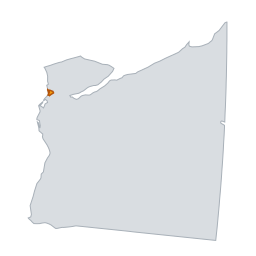 Rummana, Shamal Sina', Egypt (highlighted), rotated 272°
{"feature_id": "37247803B2824633862511", "entity_name": "Rummana", "entity_type": "district", "adm_level": 2, "iso_a3": "EGY", "parent_name": "Egypt", "parent_adm1": "Shamal Sina'", "projection": "albers", "projection_center": [32.731, 30.963], "detail": "fine", "context": "in_parent", "style": "filled", "palette": "amber", "viewbox_px": 256, "rotation_deg": 272, "n_neighbors": 0, "source": "geoboundaries", "source_scale": "gbopen_adm2", "svg_char_len": 3866}
<svg xmlns="http://www.w3.org/2000/svg" viewBox="0 0 256 256"><g transform="rotate(272 128 128)"><path d="M237.3,223.2L231.3,223.4L225.3,223.6L219.2,223.8L213.2,223.9L207.2,224.1L201.1,224.2L195.1,224.3L189.1,224.4L183.0,224.5L177.0,224.5L170.9,224.6L164.9,224.6L158.9,224.6L152.8,224.6L146.8,224.5L140.8,224.5L137.3,224.5L137.9,222.7L138.3,221.5L137.9,220.7L136.7,220.4L136.0,220.7L134.1,224.3L133.2,224.4L131.0,224.4L124.0,224.3L117.0,224.1L109.9,224.0L102.9,223.8L95.9,223.6L88.9,223.3L81.8,223.1L74.8,222.8L67.8,222.5L60.8,222.1L53.7,221.8L46.7,221.4L39.7,221.0L32.7,220.6L25.7,220.1L18.7,219.6L19.0,215.3L19.3,210.9L19.6,206.6L19.9,202.2L20.2,197.9L20.5,193.5L20.8,189.1L21.1,184.8L21.4,180.4L21.7,176.1L22.0,171.7L22.3,167.3L22.6,162.9L22.9,158.6L23.2,154.2L23.5,149.8L23.8,145.4L24.1,141.1L24.4,136.7L24.8,132.3L25.1,127.9L25.4,123.5L25.7,119.1L26.0,114.8L26.3,110.4L26.6,106.0L26.9,101.6L27.2,97.2L27.5,92.8L27.8,88.4L28.1,84.0L28.4,79.6L28.3,78.8L27.6,75.7L27.0,71.9L26.4,67.2L26.4,65.6L25.2,60.7L25.1,59.3L25.6,58.4L28.4,54.5L29.3,52.6L30.1,50.3L30.5,48.4L30.0,45.4L29.3,42.7L29.2,40.0L29.2,37.3L30.6,35.6L32.3,34.0L33.0,33.0L34.0,31.9L34.6,31.4L35.7,33.9L38.3,34.5L47.0,32.9L56.3,35.6L61.4,36.7L69.3,38.9L74.1,42.4L75.4,42.8L78.9,42.9L81.2,45.0L90.3,46.2L95.1,48.5L97.9,50.3L99.5,50.9L101.0,50.9L103.0,50.3L105.6,49.2L108.4,47.6L114.2,43.5L116.2,42.8L117.5,43.0L119.1,43.0L119.8,41.9L120.6,41.1L121.2,40.2L122.1,39.2L125.0,38.9L130.9,37.2L130.3,38.1L124.9,40.0L127.2,40.3L129.5,39.7L132.2,39.3L132.7,38.4L133.1,36.8L133.6,36.5L135.5,36.9L141.0,39.5L142.3,39.5L146.3,38.2L147.1,37.9L148.3,38.7L151.2,41.9L150.2,41.8L147.1,39.1L146.8,40.4L145.1,42.8L147.3,43.8L149.0,44.2L150.0,45.5L150.6,46.7L152.4,46.2L153.6,44.6L153.0,43.7L152.5,42.8L153.1,42.8L154.3,43.5L157.8,46.6L159.0,47.2L160.4,47.1L163.2,46.3L164.0,46.4L167.9,45.3L168.3,46.1L169.0,46.9L172.0,46.0L176.9,45.9L180.8,44.9L185.4,42.5L185.8,42.1L186.0,42.7L186.6,44.3L188.0,48.5L189.3,51.7L190.9,56.3L191.4,58.0L191.6,59.2L193.9,64.2L195.2,68.2L196.2,71.6L197.7,76.4L198.3,78.1L197.4,79.0L195.5,82.2L193.6,92.3L190.8,100.2L190.6,105.1L190.1,106.9L188.7,109.4L187.1,111.9L184.0,110.6L179.0,106.4L176.1,102.4L173.0,99.7L170.1,96.3L169.3,93.8L169.3,92.2L168.0,88.2L167.1,86.4L163.6,82.2L162.5,80.0L161.8,79.0L161.0,77.6L159.7,72.1L158.4,68.7L156.8,69.7L157.1,71.1L155.7,73.1L154.8,75.4L155.5,77.3L158.3,80.2L158.9,81.5L159.6,84.2L159.5,88.0L159.9,89.2L162.1,92.0L162.9,93.6L163.3,95.1L164.1,96.3L166.2,98.7L169.3,103.3L172.3,106.4L174.4,107.9L175.3,109.4L175.6,113.2L175.4,115.1L177.3,118.5L178.0,120.3L179.9,121.7L180.7,123.3L181.5,125.9L182.8,133.8L184.4,135.7L189.5,145.9L193.7,152.3L195.8,157.2L199.0,163.0L205.4,175.9L209.2,179.8L210.7,182.0L213.4,183.7L216.3,186.1L213.6,185.9L212.9,186.1L211.9,186.5L211.5,188.0L211.3,189.3L211.8,195.8L212.7,199.2L215.3,205.4L217.1,207.3L218.0,208.5L219.3,209.3L225.1,211.3L228.7,215.7L236.5,221.2L237.3,222.8L237.3,223.2Z" fill="#d9dde1" stroke="#a8b0b8" stroke-width="1"/><path d="M163.2,46.9L163.2,47.0L162.9,47.1L162.7,47.2L162.5,47.4L162.4,47.5L162.2,47.7L162.0,47.8L161.8,47.7L161.7,47.7L161.4,47.7L161.4,47.8L161.2,47.9L161.2,48.0L160.9,48.0L160.7,47.9L160.8,47.9L161.0,47.8L161.0,47.7L160.9,47.6L160.7,47.6L160.6,47.8L160.5,47.7L160.4,47.7L160.2,47.7L160.3,47.5L160.6,47.5L160.7,47.4L160.8,47.4L161.0,47.4L161.3,47.3L161.5,47.3L161.6,47.2L161.8,47.2L162.0,47.1L162.4,47.0L162.6,46.9L162.8,46.8L162.9,46.6L163.2,46.5L163.3,46.4L163.2,46.4L163.1,46.5L162.9,46.6L162.7,46.7L162.4,46.8L162.1,47.0L161.9,47.0L161.6,47.1L161.3,47.2L161.2,47.2L161.0,47.3L160.8,47.3L160.7,47.3L160.3,47.4L160.2,47.4L159.8,47.4L159.7,47.5L159.3,47.4L159.1,47.4L158.9,47.4L158.7,47.3L158.4,47.2L158.2,47.0L158.0,47.6L157.9,48.4L157.7,48.5L158.9,49.9L160.4,52.3L160.7,52.3L162.0,51.6L162.3,50.5L162.9,49.0L163.2,46.9Z" fill="#f59e0b" stroke="#b45309" stroke-width="1.5"/></g></svg>